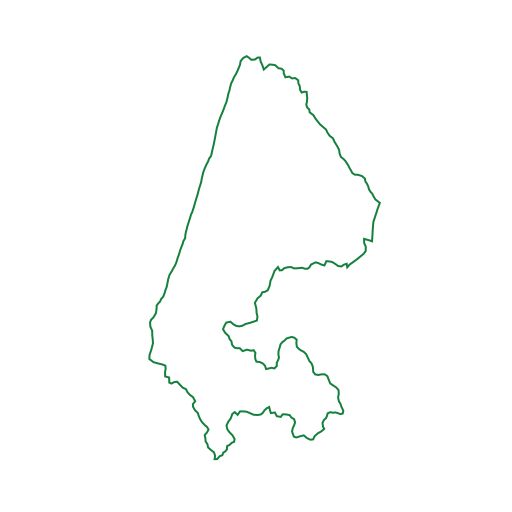 Camaçari, Bahia, Brazil (Natural Earth projection), rotated 161°
{"feature_id": "56859067B88239143593841", "entity_name": "Camaçari", "entity_type": "district", "adm_level": 2, "iso_a3": "BRA", "parent_name": "Brazil", "parent_adm1": "Bahia", "projection": "natural_earth1", "projection_center": [-38.197, -12.665], "detail": "fine", "context": "isolated", "style": "outline", "palette": "green", "viewbox_px": 512, "rotation_deg": 161, "n_neighbors": 0, "source": "geoboundaries", "source_scale": "gbopen_adm2", "svg_char_len": 5038}
<svg xmlns="http://www.w3.org/2000/svg" viewBox="0 0 512 512"><g transform="rotate(161 256 256)"><path d="M390.4,193.4L389.1,191.4L387.5,189.0L384.9,187.2L382.2,185.4L379.5,183.7L377.4,181.8L378.1,178.9L379.8,175.8L381.1,171.7L377.7,169.4L379.2,164.5L377.4,162.9L374.5,163.4L371.5,162.8L370.1,159.6L368.1,155.3L365.6,153.0L365.1,149.4L363.7,146.2L361.5,143.1L360.8,138.5L363.9,136.5L364.6,133.9L363.9,130.0L362.1,126.6L362.2,123.7L362.0,120.2L361.2,116.7L359.5,112.8L357.9,110.2L357.4,107.3L360.0,105.0L362.8,103.4L363.2,100.2L364.0,97.1L363.2,93.9L363.6,90.5L361.9,87.5L359.7,84.1L359.7,80.4L361.3,77.4L358.8,76.6L355.5,78.5L352.7,78.6L351.0,80.7L348.5,81.3L346.4,82.7L345.2,85.7L342.5,86.0L339.7,87.3L337.2,87.4L335.8,90.0L336.6,94.1L338.5,98.1L339.5,101.3L339.1,105.3L336.2,108.3L332.7,110.7L329.9,114.3L326.9,115.3L325.1,111.8L321.7,114.3L318.9,113.3L315.8,112.0L313.3,109.8L310.0,106.7L306.1,105.1L302.9,104.6L300.4,105.6L298.4,107.2L295.6,108.5L292.7,108.9L293.0,106.0L293.1,102.6L289.1,101.9L288.5,97.8L285.0,95.8L282.3,97.6L279.3,96.5L276.0,94.6L275.0,91.5L273.1,89.4L273.2,85.9L275.2,83.4L277.2,81.4L279.1,78.2L279.0,72.9L277.0,71.3L273.4,71.2L269.3,70.9L266.9,67.0L264.4,64.6L261.7,64.0L259.3,66.5L255.4,68.2L251.4,68.9L247.8,70.3L248.2,73.0L247.4,76.6L245.2,78.8L242.8,79.8L240.9,81.7L239.5,83.9L236.4,84.1L234.3,82.7L231.9,82.3L229.8,80.8L227.8,79.1L225.3,78.8L223.8,81.3L224.3,85.4L224.3,88.9L224.9,91.5L224.5,95.4L222.6,98.8L221.6,102.4L223.0,105.7L225.3,108.7L227.3,111.3L227.5,115.0L227.6,119.1L229.5,121.7L232.7,122.8L235.7,123.2L238.5,124.7L239.6,127.7L238.3,132.9L238.5,136.6L239.7,139.2L240.1,143.2L240.5,146.8L242.1,149.9L244.3,152.2L245.8,154.3L246.9,156.9L246.2,160.5L244.8,163.7L246.4,166.3L248.5,167.8L251.2,168.0L253.9,168.1L256.9,166.6L259.1,166.0L261.6,164.5L263.2,162.1L265.6,158.8L266.8,155.9L267.4,152.4L269.1,150.2L271.1,148.3L272.1,145.3L275.2,143.7L277.6,145.2L280.5,145.5L283.3,145.8L283.2,149.4L284.6,152.2L286.8,154.4L290.0,156.0L290.2,158.8L289.4,161.9L288.1,164.7L288.9,167.7L291.4,168.0L295.1,170.4L299.6,170.4L301.4,174.1L304.0,175.0L306.3,176.5L307.5,179.9L307.0,183.5L308.0,185.9L307.9,189.0L309.1,191.4L310.3,193.8L311.0,197.5L308.6,200.3L305.8,202.7L301.6,202.2L299.6,198.8L297.5,196.4L295.0,195.0L291.8,194.5L288.1,195.1L282.2,194.7L276.2,194.7L274.3,198.3L274.0,201.9L272.8,206.1L272.5,209.3L272.3,212.1L268.3,215.5L264.6,216.9L261.8,219.7L259.3,219.2L256.0,219.8L252.8,223.4L250.2,228.1L247.7,230.5L246.0,232.6L243.3,235.9L238.8,238.4L238.3,234.7L236.0,234.1L233.2,235.3L229.4,235.0L226.2,234.0L224.4,232.1L221.6,231.1L219.4,230.6L216.3,229.9L213.8,228.0L211.6,227.2L209.4,227.8L206.7,230.0L201.7,230.6L199.4,229.0L196.6,226.3L194.4,224.8L191.1,228.2L188.3,226.9L185.9,225.5L183.7,222.8L181.6,219.8L178.7,218.3L175.5,219.2L172.8,219.1L173.4,215.6L170.3,217.4L167.6,218.2L164.2,219.2L161.3,220.1L157.4,221.6L153.8,222.9L150.7,224.9L149.2,229.0L149.5,233.1L148.2,237.0L143.9,234.0L141.5,232.1L138.6,239.1L136.5,244.2L134.9,247.8L133.8,250.2L131.8,252.8L130.0,255.2L127.9,257.9L126.1,260.4L124.5,262.4L121.6,265.9L124.7,270.6L125.4,273.9L125.8,277.0L126.9,279.6L127.5,282.4L127.2,285.1L127.6,288.4L128.3,290.9L127.8,293.7L129.8,297.1L133.0,299.5L136.2,300.8L137.9,303.1L138.3,305.6L138.8,308.2L139.4,312.2L140.5,316.6L141.6,319.1L143.5,322.1L143.6,325.7L142.9,329.1L143.3,332.5L143.9,335.4L144.6,338.4L144.9,342.2L147.2,345.6L148.3,349.5L148.6,352.8L150.4,355.8L152.6,359.6L153.6,362.5L154.9,366.1L155.9,370.5L158.5,374.4L157.9,377.2L159.2,379.5L159.2,382.7L157.4,385.6L156.0,389.1L155.4,392.0L154.7,394.7L156.8,395.6L159.6,395.7L160.2,398.9L159.3,402.4L159.7,405.4L158.9,408.4L160.9,411.4L164.1,412.2L166.2,414.8L170.0,415.4L170.3,419.6L169.5,422.2L170.8,424.7L173.6,426.2L175.7,430.1L177.9,431.4L180.9,432.7L184.3,431.3L187.9,429.8L187.9,434.7L188.3,438.3L187.7,442.4L190.0,443.1L193.0,442.1L196.6,443.1L198.1,445.7L199.8,448.0L203.6,447.4L207.1,445.3L208.8,442.1L210.7,439.9L212.8,437.5L215.8,434.5L218.8,432.0L221.1,429.4L223.2,427.4L225.6,423.9L227.3,421.0L229.1,418.8L231.1,415.4L233.8,411.2L236.4,408.3L238.7,405.4L241.2,402.5L243.4,400.1L245.1,398.1L246.8,396.0L248.9,393.0L251.2,390.1L253.2,386.5L255.6,382.3L257.7,378.6L259.7,375.2L262.5,370.8L264.5,367.4L266.1,365.1L268.7,363.3L270.4,361.1L273.0,358.7L275.9,355.6L278.1,353.0L280.1,350.0L282.4,346.3L283.7,343.9L285.8,341.0L288.4,337.5L290.3,334.5L292.8,331.0L295.1,327.9L297.2,324.9L298.9,322.4L300.3,320.6L302.0,318.3L303.9,316.4L305.9,313.6L309.1,309.3L311.6,305.9L313.0,303.6L314.4,301.6L315.8,299.2L317.3,295.8L319.8,293.7L321.5,291.2L323.8,288.6L326.2,285.6L328.5,282.3L330.7,279.7L332.2,277.5L333.9,275.3L336.0,273.1L339.0,270.6L340.8,268.9L343.9,266.3L346.6,262.6L348.7,258.9L350.7,255.6L352.5,253.5L354.4,250.8L356.9,247.8L359.7,246.2L361.4,244.3L363.9,243.0L366.1,241.4L367.2,238.5L369.1,234.7L371.3,232.7L373.5,231.0L375.7,230.1L377.7,227.9L378.9,223.6L378.5,219.1L379.9,214.8L380.8,210.7L381.9,206.9L383.7,204.2L385.6,201.3L387.2,199.3L388.9,197.0L390.4,193.4Z" fill="none" stroke="#15803d" stroke-width="2"/></g></svg>